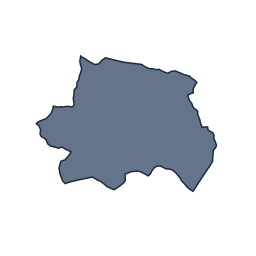 the district of Monte Mor, São Paulo, Brazil, rotated 154°
{"feature_id": "56859067B95842262172084", "entity_name": "Monte Mor", "entity_type": "district", "adm_level": 2, "iso_a3": "BRA", "parent_name": "Brazil", "parent_adm1": "São Paulo", "projection": "robinson", "projection_center": [-47.299, -22.952], "detail": "fine", "context": "isolated", "style": "filled", "palette": "slate", "viewbox_px": 256, "rotation_deg": 154, "n_neighbors": 0, "source": "geoboundaries", "source_scale": "gbopen_adm2", "svg_char_len": 1924}
<svg xmlns="http://www.w3.org/2000/svg" viewBox="0 0 256 256"><g transform="rotate(154 128 128)"><path d="M173.9,87.8L172.5,84.4L170.9,82.5L169.0,80.3L167.3,78.6L164.8,79.0L160.3,79.6L155.7,80.6L153.3,82.2L152.2,85.0L150.8,87.7L146.8,87.5L144.1,87.3L141.4,86.3L137.7,84.8L135.0,82.0L132.4,78.4L130.8,76.1L128.0,76.9L125.4,79.0L122.5,80.4L119.4,81.1L116.1,80.1L113.8,77.4L112.0,74.8L109.3,73.2L106.9,71.3L104.9,67.5L103.8,63.1L103.1,60.4L103.1,57.1L101.6,52.8L100.8,49.3L99.5,46.1L97.3,42.6L85.3,49.8L73.5,56.7L70.1,58.6L66.5,61.1L64.5,64.7L62.2,68.7L60.5,71.0L58.2,71.7L56.1,73.5L55.5,77.8L55.6,81.0L53.9,83.7L53.9,86.6L56.9,90.7L56.0,94.0L58.2,95.1L61.1,96.2L60.8,99.8L59.7,104.6L59.5,109.3L58.0,112.8L59.6,116.0L60.3,118.5L59.9,122.4L60.8,125.8L59.9,131.3L56.4,131.4L53.9,131.0L52.6,134.2L49.8,136.5L46.1,138.9L47.5,142.5L49.0,144.9L50.2,147.9L54.3,151.5L56.8,154.4L60.5,158.6L64.1,159.9L68.3,159.7L71.8,163.5L74.4,167.1L77.0,168.1L79.8,170.3L83.2,172.4L85.8,175.6L87.9,179.2L96.7,184.9L103.2,189.2L109.4,194.2L117.5,201.0L122.0,200.3L126.3,198.4L130.1,199.7L132.1,202.3L134.1,205.3L136.2,209.1L137.8,211.1L139.0,213.4L140.6,211.1L142.1,208.9L143.1,205.4L143.5,201.8L146.1,198.7L149.2,195.8L150.9,193.1L153.8,191.3L156.0,187.4L159.6,185.9L161.1,183.2L162.5,180.9L164.1,178.9L165.3,175.3L165.9,172.7L168.7,171.3L171.9,173.4L174.4,174.7L177.0,175.1L178.9,176.6L181.9,177.5L185.5,180.4L188.0,177.1L191.0,174.7L194.3,173.5L196.5,172.5L199.6,172.5L203.2,172.9L206.3,172.9L208.6,172.0L207.2,169.1L207.2,165.1L209.7,161.1L209.7,158.1L207.9,156.0L206.8,153.1L207.2,149.1L205.3,145.5L202.0,142.8L199.0,140.1L196.4,140.2L194.7,138.4L193.2,135.9L191.4,134.0L189.6,131.3L193.7,129.1L198.4,127.0L202.8,127.5L205.5,124.9L207.7,121.9L209.2,116.8L209.7,112.4L209.9,109.0L208.8,105.5L205.2,105.2L197.4,103.6L192.5,102.3L181.8,99.6L179.9,97.2L178.3,94.6L175.9,92.0L173.9,87.8Z" fill="#64748b" stroke="#1e293b" stroke-width="1.5"/></g></svg>